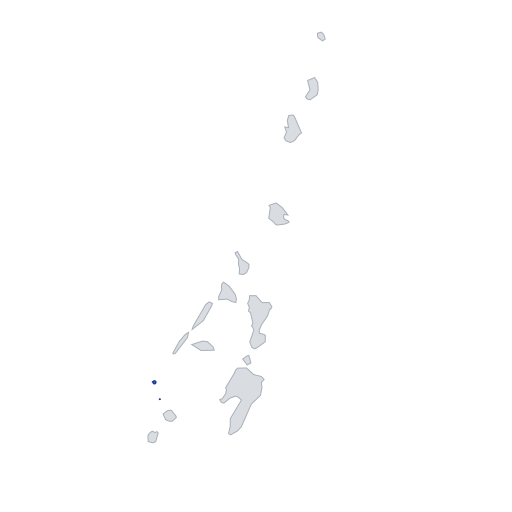 Merelava, Vanuatu (highlighted), rotated 222°
{"feature_id": "77236927B6151956983543", "entity_name": "Merelava", "entity_type": "district", "adm_level": 2, "iso_a3": "VUT", "parent_name": "Vanuatu", "parent_adm1": "", "projection": "albers", "projection_center": [167.932, -14.399], "detail": "fine", "context": "in_parent", "style": "filled", "palette": "blue", "viewbox_px": 512, "rotation_deg": 222, "n_neighbors": 0, "source": "geoboundaries", "source_scale": "gbopen_adm2", "svg_char_len": 2975}
<svg xmlns="http://www.w3.org/2000/svg" viewBox="0 0 512 512"><g transform="rotate(222 256 256)"><path d="M166.3,118.0L170.4,139.2L175.1,139.2L177.5,138.0L180.2,133.0L181.4,125.2L183.8,124.1L186.9,124.9L185.6,127.4L186.5,133.7L188.8,137.1L190.4,137.7L193.6,154.1L194.8,157.5L194.7,160.3L188.2,166.4L178.4,166.3L171.5,170.0L167.4,169.7L167.4,165.6L163.6,162.3L159.4,155.3L160.4,142.8L152.7,119.6L152.6,113.8L155.2,106.1L157.7,105.8L161.1,112.1L166.3,118.0ZM208.0,199.5L210.8,200.9L212.4,200.9L213.3,204.0L222.2,210.2L224.6,210.0L226.7,213.5L230.5,215.2L231.5,218.7L234.2,222.2L229.5,226.5L220.3,225.4L215.1,230.2L210.3,229.0L209.5,226.4L210.2,225.6L207.3,219.1L206.0,209.1L204.1,203.3L202.0,200.8L197.7,203.0L196.0,203.3L191.8,198.5L193.8,188.8L194.8,186.0L198.1,185.4L203.2,188.0L208.0,199.5ZM325.7,382.4L322.9,385.5L320.5,385.2L304.5,377.9L305.2,375.0L304.6,367.4L306.4,363.3L310.8,361.7L314.2,362.5L316.3,368.6L321.0,371.1L317.7,373.1L323.4,377.7L325.7,382.4ZM271.7,292.5L277.8,301.6L280.2,302.4L276.5,308.9L268.8,309.5L259.7,307.8L263.1,305.5L261.3,303.0L258.6,302.5L255.5,303.7L254.0,303.2L256.0,299.0L261.1,293.1L262.6,292.6L263.9,292.6L265.2,293.1L271.7,292.5ZM262.6,214.9L255.6,215.6L245.7,213.6L241.7,210.8L239.9,208.0L243.4,205.9L248.3,204.9L254.5,198.5L256.6,201.0L258.9,208.2L261.4,210.3L262.7,212.5L262.6,214.9ZM335.1,421.0L331.8,427.9L326.3,426.3L321.1,421.2L318.4,416.8L320.3,408.3L323.0,406.9L325.7,407.4L327.1,415.6L335.1,421.0ZM257.5,191.4L256.5,191.5L255.4,188.5L251.9,172.8L254.3,158.7L255.7,161.7L260.9,186.4L260.2,190.4L257.5,191.4ZM271.9,243.4L273.7,244.4L272.7,247.0L264.2,244.0L257.4,245.1L255.5,245.0L253.5,242.5L252.0,237.7L252.7,234.2L255.5,231.9L256.6,231.5L258.7,234.4L260.7,236.4L262.6,237.3L266.9,242.1L271.9,243.4ZM238.8,157.0L234.7,159.9L227.0,159.7L224.1,158.0L233.6,149.0L244.5,147.2L238.8,157.0ZM218.5,81.4L215.9,84.7L208.8,83.6L207.2,82.8L207.6,77.3L209.4,75.5L213.6,73.8L219.3,76.4L218.5,81.4ZM212.4,58.7L211.5,59.3L210.1,58.8L206.4,51.0L207.3,48.4L211.9,45.9L216.1,50.2L216.5,52.6L216.4,54.7L215.8,56.5L213.0,57.2L212.4,58.7ZM256.1,150.1L255.0,154.1L252.4,149.5L250.8,130.0L251.5,128.2L252.8,128.1L255.9,141.6L256.1,150.1ZM359.4,462.6L357.2,466.1L353.9,466.0L349.7,463.5L350.5,460.4L355.3,459.8L356.7,460.1L359.4,462.6ZM195.9,175.6L194.8,177.3L188.2,173.1L189.7,169.1L196.9,170.5L195.9,175.6Z" fill="#d9dde1" stroke="#a8b0b8" stroke-width="1"/><path d="M246.8,95.6L247.0,95.6L247.3,95.5L247.5,95.5L247.7,95.4L247.8,95.3L247.8,95.2L248.1,95.0L248.1,94.9L248.2,94.7L248.3,94.2L248.5,94.0L248.5,93.8L248.5,93.5L248.6,93.4L248.6,93.2L248.4,93.2L248.1,93.2L247.9,93.2L247.7,93.1L247.4,92.9L247.1,92.9L246.9,92.9L246.7,92.8L246.4,92.9L246.2,93.0L245.9,93.2L245.9,93.3L245.7,93.5L245.6,93.8L245.6,94.0L245.7,94.5L245.8,94.5L245.8,94.8L245.8,95.0L246.0,95.2L246.1,95.3L246.3,95.4L246.4,95.5L246.5,95.5L246.8,95.6ZM231.8,85.0L231.7,85.0L231.5,85.3L231.8,85.4L231.9,85.2L231.8,85.0Z" fill="#3b82f6" stroke="#1e3a8a" stroke-width="1.5"/></g></svg>